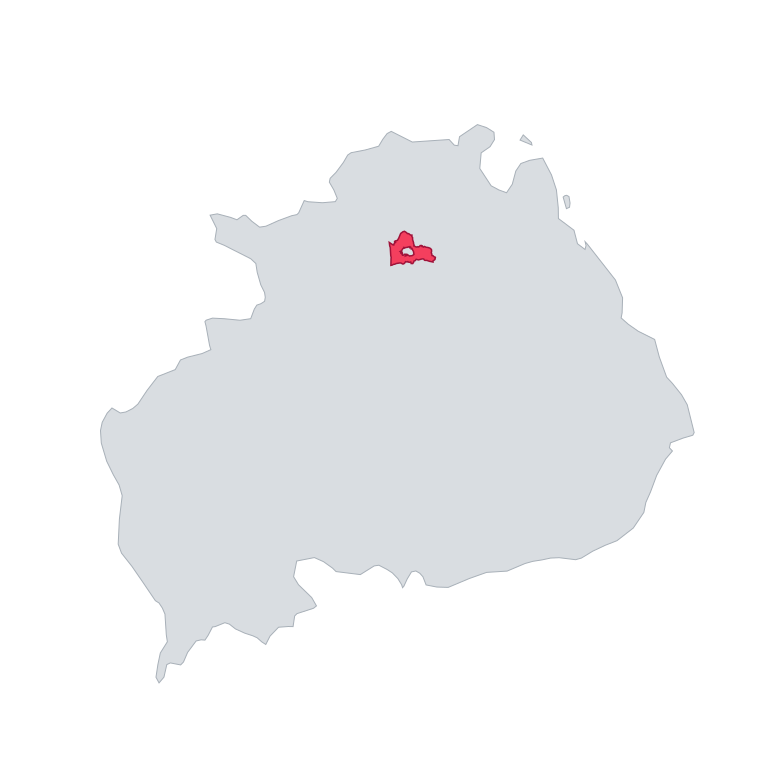 location of Samraong Tong, Kâmpóng Spœ, Cambodia, rotated 168°
{"feature_id": "14789045B32587408754767", "entity_name": "Samraong Tong", "entity_type": "district", "adm_level": 2, "iso_a3": "KHM", "parent_name": "Cambodia", "parent_adm1": "Kâmpóng Spœ", "projection": "albers", "projection_center": [104.483, 11.45], "detail": "medium", "context": "in_parent", "style": "filled", "palette": "rose", "viewbox_px": 768, "rotation_deg": 168, "n_neighbors": 0, "source": "geoboundaries", "source_scale": "gbopen_adm2", "svg_char_len": 4684}
<svg xmlns="http://www.w3.org/2000/svg" viewBox="0 0 768 768"><g transform="rotate(168 384 384)"><path d="M666.2,138.4L668.0,144.6L663.5,156.6L658.7,167.4L649.5,176.9L649.1,183.8L646.1,204.5L647.4,211.0L649.6,216.6L652.7,219.6L660.9,239.8L668.5,258.1L675.9,273.1L677.3,282.6L670.9,306.9L663.3,329.2L664.1,340.3L667.6,351.4L671.3,366.1L672.8,385.0L671.0,397.4L667.6,405.1L660.9,413.0L655.1,417.1L648.0,410.5L642.3,410.3L634.8,412.3L628.9,415.5L617.0,427.1L603.7,438.4L585.2,441.5L578.1,449.8L570.4,451.1L555.7,451.6L546.2,453.6L546.6,457.8L546.0,477.6L546.2,482.2L544.7,483.4L538.1,484.1L526.8,481.1L511.6,476.3L500.8,475.6L495.3,484.2L492.0,487.6L487.9,488.1L483.6,489.7L482.1,493.5L481.8,498.4L483.9,506.6L484.8,519.6L484.3,528.5L488.3,534.2L511.6,553.0L518.5,557.7L519.3,560.5L515.3,570.8L519.0,585.3L511.7,585.1L499.5,578.9L493.7,575.2L486.7,578.2L484.2,577.7L479.4,570.6L473.1,563.3L466.7,562.9L453.2,565.8L439.3,567.8L434.0,567.8L431.9,569.1L423.9,580.0L420.5,578.1L406.5,574.1L393.7,572.5L391.1,575.3L392.7,584.2L395.5,592.8L393.9,596.4L386.9,601.0L377.6,609.2L371.9,615.5L368.0,617.1L353.9,616.8L339.8,617.7L334.2,623.7L328.9,628.3L324.4,629.6L306.0,614.8L269.5,609.6L265.6,603.0L262.1,601.7L258.7,610.2L238.7,618.3L230.3,613.4L224.1,607.4L225.1,600.1L230.9,594.1L240.9,589.9L245.5,574.9L238.0,555.6L231.4,550.0L224.4,545.6L217.0,552.7L210.8,564.9L204.3,571.2L195.1,572.5L181.8,572.0L176.7,553.7L175.0,538.0L176.9,520.2L179.0,509.6L166.2,494.9L165.6,481.0L159.4,473.8L157.6,477.4L157.7,481.4L156.0,478.5L136.0,437.6L132.7,418.7L136.3,404.1L138.3,399.3L132.6,391.6L124.4,382.8L110.0,371.3L109.1,353.2L106.1,331.9L101.8,324.7L95.2,311.6L91.7,300.7L90.7,272.0L92.6,269.7L102.8,268.9L116.0,266.9L118.1,262.3L115.8,258.5L124.2,252.0L136.3,237.9L145.7,223.1L152.5,213.7L156.5,204.4L170.1,191.3L188.7,182.3L201.4,180.2L214.5,177.1L227.1,172.7L233.1,172.3L248.8,177.7L257.2,179.1L266.1,179.1L275.3,179.6L283.3,179.1L302.5,175.4L322.8,178.4L341.0,176.0L363.5,171.7L374.5,174.4L384.6,178.7L386.0,187.4L388.3,191.4L391.7,194.5L396.2,194.5L401.9,188.4L406.6,182.1L408.2,180.9L408.5,184.0L410.9,190.8L415.1,197.5L419.5,201.9L426.7,207.8L431.4,208.1L446.8,202.5L469.9,210.5L472.6,214.6L480.1,222.8L488.2,228.7L506.2,229.0L512.5,214.3L509.4,205.5L499.1,190.1L496.2,181.0L499.5,179.3L516.8,177.5L519.6,175.7L523.4,165.6L528.1,166.7L537.7,168.0L547.9,161.1L553.8,153.8L557.1,157.1L560.8,162.1L564.7,165.0L572.1,169.3L580.2,175.3L585.2,181.3L589.3,183.6L599.6,181.8L602.3,182.0L608.3,174.7L612.4,170.7L616.0,171.8L621.2,171.7L631.9,162.3L637.9,153.8L641.3,151.5L651.0,155.6L654.8,154.7L660.2,143.0L666.2,138.4ZM169.9,529.6L167.9,530.6L166.1,530.6L164.1,528.9L164.4,522.3L165.8,518.3L169.1,517.6L169.9,529.6ZM200.2,594.3L196.0,598.7L189.6,589.6L189.6,587.0L200.2,594.3Z" fill="#d9dde1" stroke="#a8b0b8" stroke-width="1"/><path d="M336.4,527.8L339.2,523.7L341.0,521.7L343.1,521.6L344.0,521.3L344.0,520.8L343.2,520.7L343.1,520.3L343.7,519.9L344.4,519.8L344.8,519.0L345.5,518.7L345.6,518.0L346.3,518.2L349.4,521.4L349.7,517.9L349.5,516.2L350.7,508.3L350.7,506.0L351.0,505.4L352.6,498.6L351.3,498.6L349.6,499.1L348.7,498.9L347.0,499.3L343.1,499.1L341.8,498.5L341.0,497.6L339.8,497.4L338.5,498.1L337.5,499.2L336.4,498.7L335.3,498.8L334.8,498.4L334.9,498.2L333.7,497.7L332.5,497.8L332.4,496.2L330.9,495.8L329.9,496.7L329.0,498.1L327.8,498.2L326.6,499.3L324.5,498.2L321.5,498.4L319.9,498.3L319.1,497.9L318.8,496.9L318.3,496.4L316.4,496.0L314.1,494.6L310.7,493.1L310.6,494.1L308.4,495.1L308.3,495.6L307.9,495.8L307.9,496.3L307.4,497.1L307.4,497.3L308.5,498.0L309.4,499.3L310.4,499.7L310.2,501.2L310.5,502.5L309.8,504.0L309.6,505.5L310.1,506.5L310.9,507.4L312.6,508.4L314.6,509.1L315.7,510.1L316.8,509.7L317.5,510.4L318.1,510.4L318.3,510.8L317.9,511.2L318.8,511.8L319.3,511.6L319.8,511.9L320.8,511.1L321.8,510.9L322.3,511.3L323.3,511.1L325.0,511.9L325.5,512.8L326.1,512.9L325.7,514.2L325.9,515.4L325.7,516.0L326.0,519.2L325.6,521.4L326.1,522.5L325.7,523.8L327.1,524.2L328.6,526.0L329.2,526.0L330.0,526.4L330.3,527.2L332.2,529.1L333.8,529.0L336.4,527.8ZM329.8,503.7L331.8,503.9L332.3,503.8L334.1,505.6L334.3,505.1L335.7,504.9L335.2,505.3L335.1,506.2L335.8,506.3L336.4,506.1L336.6,506.6L337.3,506.1L338.1,506.1L338.4,505.9L339.1,506.1L339.4,507.0L339.4,507.5L338.8,507.6L338.8,508.3L339.1,508.3L339.2,508.8L339.5,508.6L340.3,508.6L340.2,509.8L340.7,510.2L340.0,510.5L339.0,510.2L338.8,511.0L337.7,512.3L337.2,512.6L336.2,512.6L336.2,513.4L334.5,512.8L334.2,513.0L332.5,512.8L332.2,513.0L330.7,513.1L330.5,512.6L330.8,512.3L330.6,512.0L330.2,512.3L329.8,511.9L329.5,512.2L329.3,510.5L328.5,510.7L328.0,508.6L327.6,507.6L327.8,504.5L329.8,503.7Z" fill="#f43f5e" stroke="#9f1239" stroke-width="1.5"/></g></svg>